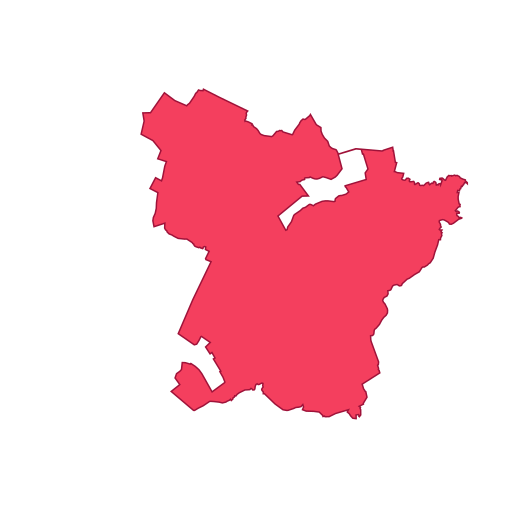 Orasu Nou, Satu Mare, Romania (Equal Earth projection), rotated 118°
{"feature_id": "2599482B36409270859470", "entity_name": "Orasu Nou", "entity_type": "district", "adm_level": 2, "iso_a3": "ROU", "parent_name": "Romania", "parent_adm1": "Satu Mare", "projection": "equal_earth", "projection_center": [23.287, 47.846], "detail": "fine", "context": "isolated", "style": "filled", "palette": "rose", "viewbox_px": 512, "rotation_deg": 118, "n_neighbors": 0, "source": "geoboundaries", "source_scale": "gbopen_adm2", "svg_char_len": 6092}
<svg xmlns="http://www.w3.org/2000/svg" viewBox="0 0 512 512"><g transform="rotate(118 256 256)"><path d="M301.1,91.8L299.2,93.6L298.8,94.7L297.7,95.0L295.5,97.3L295.1,97.4L294.5,97.0L292.0,98.0L277.5,114.1L276.3,115.2L272.6,117.4L271.5,115.8L270.3,115.4L269.5,115.4L266.2,116.7L265.0,116.8L263.3,116.0L258.5,114.9L253.6,114.9L250.2,114.4L247.3,113.3L244.6,113.2L242.2,114.3L240.9,115.3L237.8,119.6L237.0,121.7L236.0,123.1L234.9,123.5L232.5,123.4L229.9,121.6L227.4,121.6L224.8,123.3L223.5,121.7L222.5,121.1L218.3,121.3L216.8,120.4L215.2,118.4L214.9,117.9L215.1,115.4L214.1,114.0L213.2,113.7L211.8,113.9L205.5,111.7L203.7,110.2L197.9,107.3L193.3,104.4L188.1,104.0L187.3,103.4L186.8,102.3L183.6,100.4L181.7,99.9L180.2,99.0L174.8,98.5L168.5,99.9L161.0,100.9L155.8,102.3L155.0,100.8L153.4,101.5L150.7,101.5L149.2,102.8L148.1,102.6L147.9,103.9L147.7,104.1L145.8,104.0L146.7,105.9L146.6,106.6L145.4,106.7L143.5,106.1L142.6,107.3L141.5,107.9L139.9,110.3L138.6,110.7L136.3,108.4L135.8,106.8L135.9,102.6L136.2,101.4L137.0,100.2L136.3,98.5L134.3,97.0L128.4,94.3L126.2,92.2L125.8,92.1L125.8,93.4L126.8,94.8L126.1,95.8L126.1,97.1L125.7,97.5L125.7,97.9L124.0,98.9L122.9,96.7L122.2,96.8L121.8,97.3L121.6,99.1L122.7,100.4L122.4,101.3L118.3,100.5L117.3,99.9L116.6,99.0L115.7,99.7L114.6,100.0L114.6,101.1L111.0,104.1L108.7,105.4L104.7,106.6L105.5,108.1L103.4,108.7L102.8,107.0L101.3,107.5L100.6,106.9L97.9,107.4L97.8,106.6L96.0,106.5L95.7,106.2L93.2,106.3L92.6,104.4L92.9,103.4L92.0,103.9L91.4,106.4L90.5,106.9L91.0,109.5L91.1,112.5L90.4,113.6L90.4,116.3L91.4,117.4L91.3,118.5L93.6,120.9L93.3,121.3L94.4,123.0L94.3,123.5L96.3,124.3L100.1,124.2L100.4,125.2L99.8,127.4L99.8,128.3L101.1,130.1L102.2,129.8L102.2,129.3L101.5,127.9L102.2,127.1L106.5,126.4L105.7,127.1L105.8,127.7L106.8,128.7L107.8,128.6L107.9,129.4L108.7,130.1L106.7,131.7L106.5,132.5L106.5,133.7L107.6,134.1L108.9,133.9L109.3,135.2L111.6,136.1L111.5,136.6L109.9,138.2L110.0,138.4L111.7,139.9L115.1,141.0L115.5,142.4L116.5,143.7L116.7,144.7L115.6,145.7L115.2,147.1L115.4,147.5L118.3,149.2L118.2,149.7L116.7,150.6L116.1,151.8L117.9,154.3L118.2,155.3L117.8,155.9L116.0,156.1L115.8,158.0L116.7,159.5L118.5,159.7L119.3,160.2L119.8,161.7L119.8,163.2L119.2,163.7L117.3,163.5L113.7,164.4L116.1,170.5L116.2,172.8L116.5,173.5L107.5,175.6L107.9,176.9L98.7,183.9L98.9,184.1L95.8,186.4L102.9,193.2L103.1,193.1L104.1,194.0L114.4,218.2L127.3,231.1L124.7,234.8L124.6,235.5L125.2,238.8L125.1,240.6L124.5,242.9L121.1,246.5L119.7,251.0L117.6,254.5L115.2,257.2L112.1,259.0L111.8,264.1L111.5,264.8L105.5,274.4L106.7,274.4L112.2,276.6L112.7,277.4L113.0,278.8L115.4,279.7L117.8,279.9L119.3,279.7L126.7,280.9L131.6,280.7L132.0,281.1L133.8,290.4L133.1,292.2L133.8,293.1L134.1,294.1L135.4,294.8L136.4,296.3L142.0,297.5L143.2,298.2L145.9,305.4L146.3,308.7L146.0,310.1L144.3,312.9L143.3,315.3L142.9,318.9L141.9,320.3L142.2,321.2L141.2,321.4L141.1,321.7L141.2,325.8L141.7,328.6L142.2,328.9L141.2,329.8L139.2,329.5L138.1,330.2L136.0,330.5L134.7,331.6L133.6,331.8L131.9,331.4L133.1,363.4L133.4,380.7L134.9,380.4L136.1,383.0L136.4,384.7L139.2,385.0L140.7,385.6L144.0,385.5L152.3,386.4L154.5,387.4L155.9,387.7L156.9,400.6L154.9,413.5L179.0,416.4L182.8,423.1L189.4,418.1L202.1,414.7L202.4,414.6L202.5,401.2L207.5,389.4L216.3,388.4L214.7,379.4L219.5,378.7L230.9,375.2L234.0,374.7L234.0,381.4L246.2,381.3L246.1,372.4L255.6,368.9L260.8,366.4L265.7,365.0L270.2,364.7L273.3,363.6L278.0,359.8L269.8,351.9L274.2,349.8L275.4,348.1L275.5,346.8L276.5,345.7L277.3,343.1L276.9,340.2L277.1,337.7L277.0,333.0L274.6,327.0L273.5,325.0L274.1,318.6L274.7,317.6L274.7,316.6L275.3,316.1L276.0,314.8L276.0,313.3L275.5,310.3L274.9,310.1L274.6,309.3L274.9,308.5L274.6,307.6L274.7,306.8L274.3,306.4L272.8,306.7L271.7,305.7L271.6,304.6L274.0,303.7L273.9,299.6L282.0,299.3L282.7,298.5L282.1,293.0L324.0,291.3L361.1,288.2L363.4,268.8L361.7,267.0L357.6,266.7L353.1,266.8L352.6,266.4L353.8,255.8L360.0,257.8L364.0,250.6L361.9,249.6L365.3,244.3L366.9,245.3L374.2,233.0L375.1,233.6L378.6,228.1L381.8,224.4L382.4,224.2L396.6,231.0L385.4,248.5L383.2,253.0L382.0,257.8L381.5,262.9L381.6,263.2L382.3,263.2L383.4,268.4L384.7,271.1L391.2,268.5L393.5,269.1L397.2,270.9L401.7,270.2L405.3,262.9L415.4,267.3L421.6,238.9L421.5,238.2L421.1,237.7L417.4,235.5L413.0,232.3L406.2,228.7L405.6,227.8L404.2,224.7L402.3,219.9L401.5,216.7L399.1,214.0L397.9,213.4L395.9,211.8L394.5,211.3L395.2,210.0L393.2,209.3L392.2,209.7L390.7,208.9L389.4,209.2L389.1,208.1L386.9,207.7L384.5,206.5L379.5,202.9L376.9,198.7L375.3,198.3L375.2,197.6L375.8,195.9L375.0,194.7L373.9,194.6L371.5,195.5L369.5,195.7L368.3,195.0L368.5,193.8L368.1,193.1L365.7,191.4L365.3,190.7L365.2,190.1L365.5,189.9L367.5,189.1L368.3,188.2L370.3,188.5L371.4,188.2L372.0,187.4L372.5,185.9L374.2,184.9L373.6,184.0L377.7,169.8L379.1,160.0L377.9,156.3L377.2,155.2L372.9,151.1L371.1,149.8L369.4,147.3L367.9,145.6L365.2,144.9L367.0,143.1L369.9,142.8L369.4,138.9L366.1,132.2L364.1,126.9L365.5,122.2L366.3,121.5L365.2,120.3L365.5,119.6L363.5,116.0L357.7,111.8L348.3,102.2L350.9,102.2L351.5,99.5L352.7,97.5L353.8,94.4L352.7,91.4L352.6,91.2L349.4,93.0L347.9,91.1L348.3,90.2L349.1,90.1L349.4,89.3L347.2,88.9L342.6,91.4L341.6,92.6L340.6,92.7L340.3,94.4L336.4,91.6L335.8,92.1L328.6,91.7L324.2,95.4L324.1,96.4L323.5,97.2L322.9,98.5L319.3,102.1L301.1,91.8ZM136.7,194.6L152.2,210.3L152.9,209.7L153.2,208.5L155.9,204.2L158.9,205.4L159.9,206.3L162.3,208.7L163.0,209.9L164.0,211.1L168.0,212.8L169.6,212.4L170.2,211.9L170.8,212.1L171.4,212.7L173.5,218.2L174.8,220.7L176.7,223.3L182.3,227.9L184.7,228.9L184.8,232.0L185.4,233.1L189.8,235.2L191.8,237.1L195.1,238.2L201.4,241.5L202.6,241.7L209.1,240.8L215.5,241.6L218.1,240.9L219.3,241.8L210.4,255.4L181.5,243.4L178.4,237.9L172.2,251.0L172.9,252.1L171.6,254.7L169.6,251.9L168.1,251.4L166.8,250.5L166.1,249.4L165.5,249.0L164.6,249.6L163.9,249.3L161.8,245.8L160.8,245.3L160.6,242.0L160.2,240.0L159.3,238.2L157.6,236.4L154.6,234.2L153.8,230.7L153.1,225.7L149.1,223.1L146.7,222.3L138.6,221.0L127.6,231.2L114.5,218.0L112.4,213.1L116.0,209.8L115.6,209.0L126.6,198.0L131.4,198.6L136.7,194.6Z" fill="#f43f5e" stroke="#9f1239" stroke-width="1.5"/></g></svg>